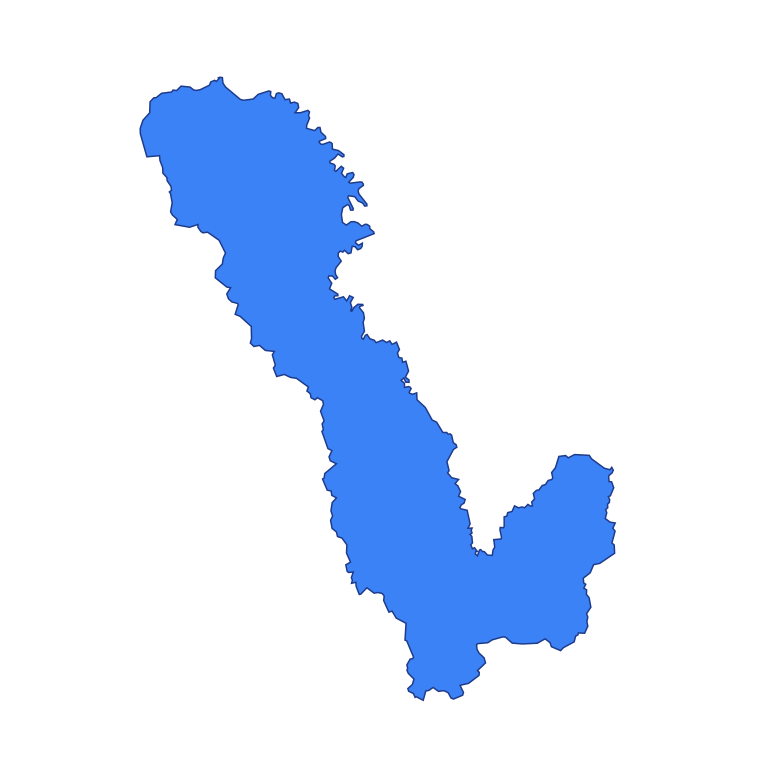 Myawaddy, Kayin, Myanmar, rotated 355°
{"feature_id": "60261553B30562402338544", "entity_name": "Myawaddy", "entity_type": "district", "adm_level": 2, "iso_a3": "MMR", "parent_name": "Myanmar", "parent_adm1": "Kayin", "projection": "orthographic", "projection_center": [98.555, 16.566], "detail": "fine", "context": "isolated", "style": "filled", "palette": "blue", "viewbox_px": 768, "rotation_deg": 355, "n_neighbors": 0, "source": "geoboundaries", "source_scale": "gbopen_adm2", "svg_char_len": 6131}
<svg xmlns="http://www.w3.org/2000/svg" viewBox="0 0 768 768"><g transform="rotate(355 384 384)"><path d="M189.7,207.0L204.0,210.9L212.5,208.9L212.3,211.7L214.8,216.0L216.7,217.6L221.5,217.4L232.3,226.5L237.5,239.8L234.9,244.4L233.4,250.4L226.1,256.4L225.2,263.5L235.8,273.7L239.6,274.7L235.2,280.6L236.5,285.6L239.6,289.0L245.2,291.0L245.7,292.1L241.8,301.6L246.5,304.0L256.8,315.1L256.0,327.4L254.4,331.5L257.7,335.3L263.3,334.7L268.7,340.2L277.6,342.0L275.3,345.2L277.4,355.9L275.2,358.5L277.8,367.2L285.5,365.8L291.5,369.3L297.3,370.7L308.4,380.4L306.6,384.3L309.7,387.2L310.1,391.3L313.8,393.7L316.5,391.9L321.5,395.3L321.9,399.0L318.4,405.6L321.1,415.5L318.9,418.4L319.6,424.2L318.0,425.8L322.5,443.4L326.3,445.8L322.9,451.8L323.8,455.8L329.6,459.3L317.2,468.0L316.2,472.4L314.5,473.3L318.2,484.8L322.0,486.0L322.3,490.4L326.7,493.3L322.0,497.7L320.1,505.7L321.3,511.0L318.9,515.1L319.7,523.4L323.7,527.2L324.4,531.9L328.8,533.9L333.0,541.0L331.9,549.1L335.1,558.5L330.2,560.8L331.0,567.5L332.4,568.7L337.0,568.6L334.6,574.1L335.4,576.7L334.3,579.7L338.7,579.1L338.6,583.1L341.0,591.5L342.6,591.3L349.2,585.5L355.9,591.5L359.9,591.2L364.1,592.6L365.7,595.2L364.8,599.7L369.0,611.7L372.3,611.0L375.8,618.3L385.1,624.3L382.6,641.0L384.3,641.9L389.6,658.5L388.7,660.1L386.1,660.3L382.3,665.8L382.8,669.6L381.9,671.0L383.0,674.4L388.1,680.5L386.1,685.8L381.2,689.5L381.8,692.2L386.3,694.9L387.7,698.9L388.9,698.4L395.5,702.5L398.9,693.4L401.9,693.2L406.5,690.6L411.4,694.9L416.7,694.7L419.3,696.0L421.1,697.3L423.4,702.7L425.8,703.9L435.2,700.9L436.3,698.3L433.5,690.8L442.1,689.6L453.3,682.5L453.8,679.5L452.1,677.7L460.8,670.7L459.9,665.6L455.2,660.3L453.5,656.3L453.5,651.5L455.2,650.8L464.8,650.8L469.6,648.3L480.2,646.3L483.0,646.8L489.1,653.3L499.0,655.0L514.1,655.6L522.3,651.9L526.9,656.2L527.9,660.3L536.7,665.0L539.7,662.3L551.0,657.4L552.9,651.9L555.2,650.9L556.0,648.9L562.1,649.8L565.9,643.1L565.4,638.4L566.7,634.0L565.8,630.4L570.6,624.4L569.7,614.8L567.3,611.2L567.9,606.7L565.3,604.8L567.5,601.1L565.6,599.6L565.6,594.8L573.0,590.0L577.1,582.2L583.3,581.5L599.0,572.7L599.3,564.5L597.2,562.2L601.4,550.7L599.4,547.7L602.2,542.6L597.1,541.3L592.7,537.3L594.7,531.6L593.8,528.5L596.1,526.8L596.2,523.2L598.2,521.6L598.7,518.8L597.7,515.7L599.8,515.1L603.8,507.3L602.2,501.3L599.7,500.8L599.8,495.0L603.4,492.5L604.9,489.9L603.6,486.9L601.7,489.1L596.1,487.1L584.2,476.6L582.3,473.0L567.7,470.9L561.1,473.6L558.7,471.1L551.9,471.4L547.5,482.3L543.3,486.8L543.9,492.3L542.8,493.8L539.1,494.4L536.0,498.3L532.8,498.9L529.0,503.1L526.6,503.2L523.2,506.0L524.0,511.6L520.9,514.4L521.2,518.4L519.5,518.5L516.9,516.5L513.3,519.5L510.6,518.5L507.3,519.1L503.4,516.8L500.4,522.2L496.0,522.9L494.9,526.2L492.1,526.9L491.3,536.5L490.4,537.6L487.3,537.0L486.8,539.2L487.7,547.3L487.0,548.6L479.8,548.6L480.1,556.2L478.2,558.8L476.9,564.2L472.1,563.4L469.3,559.7L467.5,559.5L465.9,557.4L464.7,557.7L462.1,563.3L460.1,561.2L460.9,558.8L462.3,558.9L459.9,555.0L457.8,555.9L456.4,551.8L458.3,550.0L458.2,543.4L456.6,541.2L458.7,540.1L458.1,537.3L459.2,535.2L455.1,535.0L457.6,530.8L455.8,517.0L449.8,515.1L448.8,513.8L450.5,511.1L453.4,509.6L454.8,506.1L448.5,502.3L450.9,497.8L448.7,491.9L446.1,489.4L450.0,485.6L443.3,483.3L439.6,478.1L441.3,476.0L439.9,466.9L447.5,455.2L451.0,453.4L450.6,450.8L447.9,448.5L446.9,440.9L445.6,439.5L443.5,439.5L442.3,437.8L438.4,437.4L433.1,426.6L428.8,424.0L423.1,411.0L415.5,402.5L415.8,395.7L411.6,396.7L409.1,395.7L408.3,394.5L410.6,391.0L410.0,389.7L408.3,388.7L404.2,389.2L404.4,385.0L401.3,381.8L404.2,379.8L405.9,384.1L409.1,384.5L409.2,382.0L405.9,379.1L409.6,373.2L407.8,363.2L404.4,363.9L404.1,359.8L401.1,358.9L400.1,354.2L402.4,351.0L400.1,343.4L395.5,345.2L393.5,341.5L390.2,342.9L386.5,340.1L379.8,342.1L377.9,339.4L373.9,337.7L371.4,333.2L369.6,333.9L367.3,337.6L365.8,336.4L365.9,334.3L369.1,329.8L368.6,320.7L370.2,316.8L369.7,311.1L366.2,305.9L366.6,304.6L369.9,303.9L369.7,302.9L364.9,302.3L360.7,305.2L358.2,308.8L357.1,308.0L358.7,304.9L357.6,300.0L360.9,295.1L357.4,293.1L354.1,298.0L351.2,293.6L342.4,295.3L341.6,293.2L342.6,292.0L345.8,292.0L345.8,290.4L338.0,284.5L340.7,279.1L337.6,273.3L338.5,271.5L342.2,272.0L344.6,275.4L347.0,274.1L345.3,270.6L345.1,266.8L346.5,263.8L352.1,257.9L349.4,252.7L350.0,249.5L351.8,247.8L354.5,249.0L356.2,247.3L359.7,251.1L362.5,250.5L364.3,244.0L367.1,244.7L369.5,248.0L372.6,247.0L374.2,245.0L374.7,241.8L370.8,243.6L367.9,240.9L368.6,238.9L387.3,233.3L386.9,231.5L383.4,228.0L383.5,225.5L381.3,223.7L379.3,223.2L375.6,224.9L372.0,221.2L368.3,219.6L365.2,219.5L360.3,222.4L356.8,219.5L356.3,211.6L358.3,204.8L363.5,202.0L364.9,203.2L365.8,207.8L368.2,208.1L368.7,206.6L364.1,194.8L365.1,193.4L371.1,194.8L374.1,199.4L378.4,201.8L380.3,205.1L382.5,205.0L382.6,203.2L375.8,192.9L375.0,189.8L376.0,187.2L380.8,184.3L380.8,183.1L379.8,181.1L377.9,180.6L367.9,181.0L366.5,179.9L371.3,175.6L372.4,172.7L371.3,170.6L365.7,171.4L363.9,174.9L362.3,173.8L360.0,170.4L362.6,165.5L360.4,163.4L354.5,168.0L353.3,167.0L354.4,162.5L353.6,161.0L349.4,159.0L349.5,157.3L354.4,154.7L358.2,150.9L362.3,154.1L363.8,153.9L364.1,152.1L359.0,147.5L353.1,145.5L353.3,140.0L352.3,138.9L350.8,138.2L344.2,139.9L342.2,139.7L340.5,137.6L340.7,136.5L347.3,134.4L347.3,132.4L343.1,127.6L342.6,122.9L340.5,122.7L337.1,125.5L329.2,122.6L329.5,119.6L333.0,112.6L332.2,110.0L333.5,106.4L332.1,104.8L324.2,106.5L319.1,106.0L323.1,101.1L322.6,97.0L319.3,95.4L315.4,96.0L314.6,91.9L310.2,92.1L307.5,85.9L304.4,84.8L302.2,85.3L300.1,89.9L297.8,89.0L296.0,86.5L296.7,82.8L294.9,82.0L283.9,84.5L278.5,88.7L268.9,89.1L265.7,88.0L251.9,74.2L249.8,70.2L249.7,64.7L247.2,64.1L245.6,64.6L246.2,65.5L243.3,67.9L241.7,66.7L237.7,68.0L236.2,71.1L226.5,74.8L222.5,75.2L219.9,74.4L216.7,71.3L207.8,69.6L203.0,73.6L199.5,72.8L197.9,74.6L187.8,75.0L182.0,78.9L179.7,78.8L175.6,82.4L174.2,93.4L166.9,100.2L163.4,108.2L163.1,113.6L167.6,137.0L180.3,137.0L180.3,141.8L182.4,149.3L182.1,154.7L185.7,159.4L185.7,162.6L189.0,168.5L189.2,172.5L186.9,174.0L187.9,175.6L188.8,185.0L186.4,193.9L188.0,197.3L192.4,202.0L189.7,207.0Z" fill="#3b82f6" stroke="#1e3a8a" stroke-width="1.5"/></g></svg>